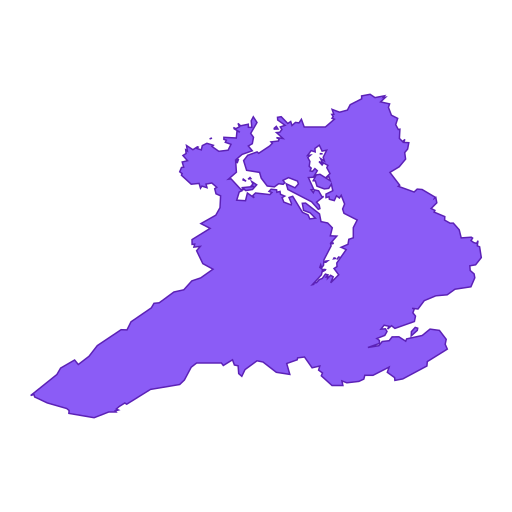 outline of Milford Lea-3, Donegal, Ireland
{"feature_id": "5873133B66186119395880", "entity_name": "Milford Lea-3", "entity_type": "district", "adm_level": 2, "iso_a3": "IRL", "parent_name": "Ireland", "parent_adm1": "Donegal", "projection": "equal_earth", "projection_center": [-7.731, 55.125], "detail": "fine", "context": "isolated", "style": "filled", "palette": "violet", "viewbox_px": 512, "rotation_deg": 0, "n_neighbors": 0, "source": "geoboundaries", "source_scale": "gbopen_adm2", "svg_char_len": 6125}
<svg xmlns="http://www.w3.org/2000/svg" viewBox="0 0 512 512"><path d="M30.7,395.5L33.9,394.5L34.7,397.0L47.2,402.9L66.7,408.5L69.1,410.5L68.9,413.4L94.1,417.7L108.7,412.0L116.1,412.0L115.2,410.9L118.4,410.0L116.3,409.0L119.2,406.5L124.8,403.0L126.7,404.2L150.5,389.4L179.7,384.5L184.4,380.0L191.2,367.2L196.6,363.0L221.4,363.0L223.3,365.5L232.5,359.8L234.4,365.0L238.1,365.8L238.7,373.6L241.8,376.3L245.0,369.6L257.0,360.8L263.0,362.0L276.3,372.3L289.8,374.4L286.7,363.5L297.2,359.8L297.6,357.9L304.5,357.0L312.1,367.8L319.8,366.0L318.6,370.1L322.5,373.0L321.3,375.8L332.0,385.5L342.9,385.5L341.9,380.9L346.8,382.8L358.9,381.4L363.8,379.1L364.8,375.3L373.0,375.3L389.1,367.1L387.3,372.3L394.6,377.6L394.9,380.4L402.8,378.9L426.9,366.0L427.3,361.6L447.3,349.1L445.2,344.3L446.2,339.3L439.4,330.4L430.0,329.1L422.2,335.5L406.6,338.9L405.7,341.2L398.9,336.8L392.1,336.9L389.2,340.7L382.2,341.5L378.9,345.7L367.9,347.5L379.4,343.4L379.4,340.4L376.8,338.5L384.8,335.4L387.0,331.5L385.4,328.8L380.9,329.2L384.1,325.2L389.0,326.3L387.6,329.1L391.5,325.7L394.9,328.4L414.4,321.5L415.5,316.1L412.9,312.8L414.3,308.9L412.1,308.3L418.0,309.0L424.3,300.6L435.8,295.8L447.2,294.8L455.0,289.2L470.9,286.8L474.8,277.8L474.1,273.9L470.2,270.5L469.8,265.8L475.6,264.8L481.3,257.6L479.6,246.8L477.3,245.8L478.0,240.7L476.6,243.4L473.8,242.6L471.0,240.6L472.6,238.1L471.3,237.2L461.2,237.9L459.2,229.8L453.3,223.1L450.1,223.2L444.6,220.1L444.8,216.6L434.1,212.1L434.9,210.4L431.1,208.5L436.8,202.8L435.8,197.5L434.4,198.4L435.0,197.1L422.1,189.5L417.2,189.1L414.1,192.0L398.3,186.3L399.7,185.2L389.9,172.4L399.2,166.8L405.6,159.1L404.7,152.6L407.6,149.1L408.8,142.7L403.7,142.4L404.9,139.4L402.6,141.6L399.4,138.4L399.9,129.2L398.3,129.5L395.7,124.7L397.7,118.4L391.4,115.2L388.4,107.3L389.6,103.9L380.6,101.9L385.6,97.2L383.1,97.5L384.5,95.8L375.0,97.6L370.1,94.3L361.6,95.9L361.7,98.8L350.2,104.7L347.4,110.1L339.6,112.2L332.1,109.4L333.8,114.3L331.8,114.4L333.2,116.6L332.0,118.3L334.4,119.2L325.4,127.0L304.2,127.0L301.4,119.3L299.0,122.9L295.5,122.4L292.0,125.5L290.7,121.5L287.8,123.5L281.2,116.7L277.5,117.3L277.7,120.0L285.1,125.3L280.3,126.9L281.9,129.5L279.7,132.3L276.5,132.6L283.0,138.5L276.5,137.6L279.1,139.1L278.4,141.0L271.0,141.9L272.3,143.3L269.7,146.0L258.7,153.3L257.1,151.9L247.7,155.3L243.6,160.6L246.6,170.3L259.6,172.4L261.2,178.1L267.2,186.0L274.4,186.9L278.7,183.7L283.2,184.3L284.8,182.7L283.0,180.3L288.5,177.6L297.5,181.1L298.4,183.9L295.0,187.8L286.3,183.8L287.9,189.5L311.6,201.8L318.3,209.3L319.9,208.6L319.2,205.1L316.5,202.2L323.6,196.5L322.0,196.8L318.6,190.8L314.6,189.9L313.3,192.7L311.1,189.8L313.8,189.5L308.4,177.6L313.4,177.2L317.3,170.7L314.9,168.6L312.5,171.4L310.1,170.9L311.2,168.1L309.2,166.3L309.9,161.4L307.8,157.5L310.5,155.1L307.5,155.5L311.2,150.6L315.2,151.9L314.9,148.4L319.3,145.2L322.1,151.1L326.7,150.2L323.2,157.3L324.4,161.0L320.6,158.6L322.2,162.2L327.9,165.4L326.8,167.7L330.0,173.6L326.0,177.5L328.8,176.7L330.3,180.8L320.0,174.3L316.3,174.9L313.2,180.7L315.3,180.9L317.0,186.2L324.3,188.9L328.7,188.4L331.4,184.1L332.8,190.7L326.0,194.1L326.0,197.6L329.0,196.7L329.4,199.3L334.3,200.6L336.5,195.8L339.4,198.0L341.2,195.3L344.6,204.0L342.6,209.0L344.0,213.3L357.2,220.0L353.3,227.6L353.3,237.8L348.8,239.3L348.0,244.3L341.1,247.3L346.2,249.6L336.8,263.0L337.0,266.6L334.0,268.5L338.7,274.8L330.7,282.8L333.2,276.8L330.6,275.3L327.5,278.5L327.8,275.6L327.4,277.0L326.1,277.0L328.0,274.9L325.4,274.1L322.3,278.4L319.3,279.6L316.5,282.7L314.2,282.9L313.7,284.4L312.3,284.7L321.4,274.8L322.6,269.5L319.8,267.4L320.7,264.8L321.6,267.8L323.5,265.4L324.0,259.7L331.1,246.0L330.5,243.3L336.8,236.1L330.3,235.8L332.3,227.8L327.7,223.0L321.0,221.6L319.5,213.9L305.6,203.1L302.3,203.3L303.6,210.4L310.1,212.8L315.4,218.2L309.8,218.9L308.1,214.9L302.5,212.4L292.7,196.3L289.0,197.5L291.5,203.5L291.1,204.9L283.8,202.1L282.1,197.6L284.7,196.1L280.5,194.3L280.0,191.4L276.9,192.3L276.6,189.8L271.1,189.2L269.0,191.4L271.9,192.5L269.9,194.6L255.5,193.0L252.9,195.5L254.1,197.8L247.4,193.0L245.5,200.7L236.7,200.2L239.2,192.0L242.0,190.7L231.1,178.9L228.4,179.2L236.4,172.2L235.6,160.1L237.2,159.9L237.1,163.2L238.4,159.6L236.8,158.9L242.1,154.4L252.3,150.8L248.3,146.0L252.3,143.7L253.5,137.3L250.7,133.4L257.0,122.5L253.3,116.8L251.2,120.8L251.8,127.4L248.4,127.3L248.3,124.2L240.6,125.8L238.0,123.4L239.4,126.8L234.9,129.2L239.9,132.2L237.0,131.0L236.3,138.0L223.9,137.3L223.9,139.4L226.4,140.2L225.3,142.3L231.0,144.3L228.1,150.2L218.8,151.3L212.0,146.5L213.3,145.3L206.9,143.3L202.3,145.6L201.3,149.9L197.0,148.5L198.2,147.1L197.4,146.8L192.9,149.7L186.5,145.5L187.4,151.0L185.7,149.8L186.1,153.5L182.9,155.5L187.5,160.7L182.2,162.0L183.7,167.2L181.5,167.5L179.7,171.8L182.1,173.6L181.4,175.2L191.2,184.2L199.1,183.4L200.5,188.2L201.9,186.1L207.0,187.7L206.0,184.1L211.8,183.0L216.8,187.3L214.7,188.7L216.0,193.8L220.6,195.8L220.0,207.7L215.8,215.2L200.9,223.6L210.1,228.4L192.0,239.6L192.1,244.4L194.7,244.1L193.9,247.1L200.3,246.4L196.6,250.7L202.8,263.6L213.0,269.2L200.7,277.9L191.8,280.9L183.8,289.8L173.9,292.0L159.2,302.8L154.0,303.3L151.3,307.9L131.0,321.8L127.0,329.9L121.1,329.7L97.3,345.6L89.0,356.3L78.3,364.5L74.6,360.0L60.6,368.1L56.9,374.5L30.7,395.5ZM253.9,186.5L242.6,187.6L245.7,190.6L252.5,189.5L256.7,184.8L251.7,181.5L252.9,184.0L251.3,185.8L253.9,186.5ZM415.2,327.4L411.4,331.6L411.2,335.9L417.3,330.4L417.7,328.2L415.2,327.4ZM319.0,161.6L322.1,165.0L323.3,163.3L319.0,161.6ZM276.3,126.4L274.2,128.3L274.3,129.1L278.0,129.0L276.3,126.4ZM246.1,181.2L243.3,179.1L243.0,179.9L246.1,181.2ZM338.7,257.0L336.7,259.5L339.0,257.1L338.7,257.0ZM323.7,271.0L325.2,270.2L325.5,269.6L324.1,269.4L323.7,271.0ZM250.9,178.6L250.0,177.5L248.6,178.8L248.8,179.0L250.9,178.6ZM210.9,138.3L209.6,139.0L212.0,138.1L210.9,138.3ZM334.1,257.9L333.6,258.8L335.9,258.4L334.1,257.9ZM320.4,153.9L322.6,153.8L319.8,153.6L320.4,153.9ZM327.6,260.9L325.7,261.1L324.9,262.2L325.8,262.3L327.6,260.9ZM235.1,128.3L233.5,127.5L234.4,128.7L235.1,128.3ZM331.6,244.0L333.1,243.5L332.9,242.9L331.6,244.0ZM243.2,189.5L243.1,189.1L241.4,189.2L243.2,189.5Z" fill="#8b5cf6" stroke="#5b21b6" stroke-width="1.5"/></svg>